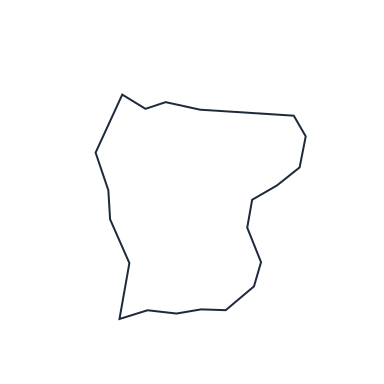 the border of Qormi, rotated 240°
{"feature_id": "MLT-5945", "entity_name": "Qormi", "entity_type": "state/province", "adm_level": 1, "iso_a3": "MLT", "parent_name": "Malta", "parent_adm1": "", "projection": "robinson", "projection_center": [14.465, 35.875], "detail": "fine", "context": "isolated", "style": "outline", "palette": "slate", "viewbox_px": 384, "rotation_deg": 240, "n_neighbors": 0, "source": "natural_earth", "source_scale": "10m", "svg_char_len": 423}
<svg xmlns="http://www.w3.org/2000/svg" viewBox="0 0 384 384"><g transform="rotate(240 192 192)"><path d="M159.5,297.5L155.2,268.8L155.2,240.2L133.5,222.0L96.7,216.7L79.3,198.5L72.8,162.1L85.8,141.2L94.5,117.8L111.8,94.4L118.3,65.7L161.7,102.2L209.3,107.4L235.3,120.4L274.3,128.2L311.2,180.3L287.3,193.3L283.0,214.1L259.2,240.2L207.2,318.3L183.3,318.3L159.5,297.5Z" fill="none" stroke="#1e293b" stroke-width="2"/></g></svg>